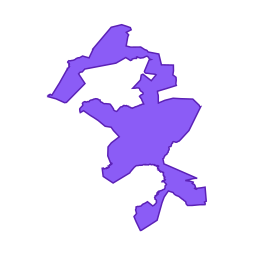 outline of San Pedro y San Pablo Tequixtepec, Oaxaca, Mexico, rotated 262°
{"feature_id": "50627088B39649536593692", "entity_name": "San Pedro y San Pablo Tequixtepec", "entity_type": "district", "adm_level": 2, "iso_a3": "MEX", "parent_name": "Mexico", "parent_adm1": "Oaxaca", "projection": "equal_earth", "projection_center": [-97.719, 18.101], "detail": "fine", "context": "isolated", "style": "filled", "palette": "violet", "viewbox_px": 256, "rotation_deg": 262, "n_neighbors": 0, "source": "geoboundaries", "source_scale": "gbopen_adm2", "svg_char_len": 5831}
<svg xmlns="http://www.w3.org/2000/svg" viewBox="0 0 256 256"><g transform="rotate(262 128 128)"><path d="M184.0,181.7L185.9,169.9L197.0,168.8L200.5,158.5L202.0,157.7L202.5,157.1L203.3,155.5L206.4,151.9L207.7,141.9L209.5,137.6L218.4,140.5L220.1,141.6L223.0,139.6L224.8,144.8L227.1,144.3L228.8,141.1L231.2,136.1L230.1,125.4L210.5,103.5L210.8,104.4L202.9,99.2L204.6,95.2L205.6,93.1L204.3,89.6L204.5,88.7L204.3,87.4L204.1,87.1L204.0,86.4L203.2,85.1L202.7,83.3L202.7,81.5L202.6,80.4L202.6,79.8L202.9,78.8L202.1,77.7L201.6,77.4L200.8,77.8L200.5,78.5L200.1,78.8L199.2,78.3L198.8,78.7L197.9,78.1L197.6,78.0L197.1,78.6L196.0,77.7L195.5,76.2L194.2,76.1L194.2,75.6L182.1,66.4L179.6,64.3L171.1,57.2L172.2,55.6L171.6,54.0L171.4,54.5L170.2,53.1L166.9,60.8L161.9,68.7L161.9,70.6L178.0,91.6L188.5,86.6L189.9,88.4L189.9,90.5L192.4,93.4L193.9,125.1L198.1,135.6L194.5,139.8L194.7,140.7L194.7,141.1L195.7,141.7L196.0,144.1L195.7,146.1L196.1,146.3L197.0,146.3L197.1,146.6L197.1,147.3L196.5,147.8L196.1,148.8L195.5,149.8L195.5,153.1L196.1,154.8L196.5,156.1L196.2,157.3L194.9,158.2L193.9,158.6L193.3,159.1L192.6,160.3L192.4,158.4L181.8,152.1L180.6,152.4L179.7,153.4L179.5,154.8L178.5,158.2L177.5,162.2L176.7,163.2L171.6,157.6L179.2,150.3L178.9,149.2L178.6,148.5L173.8,147.0L166.7,138.2L166.4,141.3L166.5,142.2L166.2,143.8L165.7,144.7L165.0,145.0L164.3,145.0L162.9,145.7L162.4,146.3L161.1,147.6L160.8,147.7L160.2,147.8L159.7,147.6L159.3,147.2L159.0,145.7L157.8,143.8L157.1,144.0L156.5,144.6L155.8,144.8L154.7,145.5L153.6,145.6L152.2,146.1L149.6,146.9L149.5,146.5L149.6,146.0L149.6,145.4L149.3,144.4L149.1,144.2L149.1,143.3L148.9,143.0L149.0,142.6L148.5,141.6L148.4,140.5L148.0,139.3L148.0,138.2L147.4,136.8L147.4,136.0L147.3,135.8L146.9,135.4L146.9,135.1L146.9,134.9L147.3,134.8L147.6,133.7L147.7,133.4L148.0,133.4L148.2,133.2L148.6,132.0L149.3,131.8L149.7,131.0L149.7,130.3L150.1,130.1L150.5,129.5L150.3,128.6L150.5,128.1L150.5,127.9L150.8,127.5L150.9,126.8L150.6,126.5L150.4,126.2L150.4,125.8L149.9,125.4L149.9,124.2L149.8,123.5L146.2,119.4L146.0,118.8L147.0,117.1L148.0,116.2L148.8,116.3L150.8,115.4L153.9,113.8L154.3,113.1L154.6,112.1L154.9,110.5L155.2,109.6L155.3,108.2L155.6,107.3L157.2,105.6L157.2,105.2L157.6,104.7L158.0,104.6L158.2,104.3L158.8,104.1L159.5,104.3L160.0,103.0L160.5,102.3L160.9,102.2L161.5,100.2L161.3,97.7L160.9,97.2L161.0,96.7L160.9,96.5L160.8,94.9L160.4,93.9L159.5,93.0L159.7,92.3L159.8,91.3L159.4,90.4L159.6,89.8L160.1,89.2L160.1,88.5L159.8,87.8L159.7,87.3L158.8,86.3L158.5,86.2L157.9,86.5L156.6,86.3L154.1,83.2L153.4,82.8L151.1,82.7L149.9,82.9L151.3,86.4L145.7,92.4L142.9,95.8L139.7,99.4L132.9,105.6L131.1,111.4L127.4,113.3L124.6,115.3L120.5,118.1L115.6,109.4L112.0,105.6L103.2,104.1L95.3,106.0L95.5,106.8L95.1,106.8L94.8,107.1L94.5,106.8L94.4,106.6L94.5,106.1L94.3,105.8L94.2,105.1L93.8,105.4L93.1,103.8L93.1,103.3L92.9,103.4L92.2,103.9L91.9,103.9L91.9,102.7L91.3,102.6L91.0,102.3L91.0,102.0L91.1,101.8L91.7,101.3L91.6,101.1L90.9,101.0L90.8,100.8L91.1,100.0L90.9,99.2L90.9,98.6L91.3,98.4L91.7,98.0L91.0,97.6L91.0,97.4L91.7,97.0L91.7,96.8L83.5,96.7L75.6,105.6L79.9,115.6L83.3,123.5L84.3,124.3L88.3,128.8L89.4,130.7L89.6,131.4L89.4,132.4L89.5,134.7L89.3,135.3L89.2,137.0L89.6,138.1L89.4,140.2L89.1,140.1L89.1,140.6L88.8,142.0L88.9,142.7L88.6,143.1L89.1,144.5L89.1,145.0L88.6,145.5L88.3,146.0L88.5,147.0L88.0,147.9L88.2,148.5L88.1,148.9L87.3,149.1L87.1,149.6L87.3,150.1L86.6,150.5L86.2,150.9L86.3,151.4L86.7,151.6L86.5,152.5L86.0,153.0L84.8,151.8L84.5,151.7L83.9,151.7L83.7,151.9L83.6,152.4L82.6,152.8L82.3,152.7L82.2,152.2L81.3,153.4L80.7,153.4L80.5,153.7L80.6,154.3L79.9,154.3L79.9,155.6L79.3,156.0L79.1,156.9L78.6,157.0L77.8,156.5L77.2,156.7L76.6,156.3L75.8,156.6L75.4,157.1L74.8,156.9L74.7,157.4L74.2,157.7L73.2,156.9L72.7,156.8L72.4,156.9L71.7,157.8L71.2,157.5L71.0,155.6L70.8,154.7L70.1,154.2L69.8,156.0L69.6,156.5L68.8,156.8L67.0,158.2L66.6,158.2L65.8,156.9L65.3,156.6L64.0,156.5L62.4,155.7L62.1,154.1L61.7,153.3L61.4,152.2L61.1,149.4L60.8,149.0L60.2,149.7L59.9,149.5L59.8,148.0L59.6,147.6L59.3,147.6L59.0,147.9L58.6,148.6L58.4,148.6L58.4,147.6L58.3,147.3L58.0,147.2L57.2,147.1L57.0,146.5L57.3,146.0L57.2,145.6L56.1,145.2L55.5,144.7L54.7,145.0L53.9,144.8L53.0,145.8L52.3,146.1L51.5,145.8L50.9,146.0L50.5,145.9L49.8,145.4L48.0,143.2L47.4,141.6L52.3,137.0L51.2,134.6L50.9,133.5L50.4,131.9L49.0,130.1L48.9,129.6L48.8,129.0L48.9,128.5L48.8,127.4L49.0,126.6L48.7,125.0L47.2,124.8L45.9,124.1L42.3,124.6L41.4,123.8L41.2,123.5L40.7,123.1L39.9,122.0L39.4,121.6L34.1,123.0L27.5,125.1L24.8,126.0L24.8,126.9L32.6,144.0L49.3,151.3L54.6,154.2L57.9,157.2L60.0,159.2L57.8,163.8L56.7,164.2L55.5,165.2L54.5,166.4L53.2,168.8L50.5,171.3L49.7,172.1L49.4,172.7L48.9,172.9L46.9,174.9L45.0,175.0L44.2,175.3L43.0,176.2L42.4,180.4L42.0,188.6L41.5,192.5L41.4,193.6L41.8,193.8L42.6,193.9L44.0,193.4L44.6,195.3L58.7,196.1L58.6,191.8L58.7,188.8L57.8,187.0L58.4,186.2L58.8,187.0L59.1,187.0L59.3,186.0L59.7,186.5L61.2,186.5L61.7,186.0L62.5,186.0L63.1,185.5L63.1,185.1L64.1,184.0L64.5,184.7L65.3,185.1L66.7,182.0L68.0,177.4L68.8,186.0L68.8,187.8L68.5,189.5L87.5,158.6L92.7,158.3L92.9,158.9L93.2,159.3L94.2,159.7L95.2,160.6L95.6,160.7L96.7,162.9L97.6,163.3L98.3,164.3L99.7,164.7L100.3,165.3L100.8,165.7L101.9,165.9L102.9,165.7L103.2,165.7L103.4,165.9L103.6,166.1L103.7,166.4L103.7,167.8L104.1,168.2L104.9,168.4L105.0,168.6L105.8,168.7L106.4,169.3L106.8,170.0L107.2,170.1L107.5,170.0L108.1,170.8L108.2,171.1L108.0,171.5L107.8,172.3L107.4,172.9L107.2,173.8L107.2,174.4L107.8,175.9L107.9,176.5L108.0,176.9L109.7,179.1L117.0,188.0L138.9,202.9L138.8,202.3L139.1,202.1L140.7,201.6L147.6,196.2L149.7,184.2L151.2,176.8L150.3,168.4L148.5,161.6L150.3,161.7L154.2,162.3L156.4,162.5L157.9,162.2L160.3,162.3L161.7,171.5L163.4,181.8L165.0,181.5L168.6,182.4L171.5,182.6L174.4,179.8L178.2,181.0L184.0,181.7Z" fill="#8b5cf6" stroke="#5b21b6" stroke-width="1.5"/></g></svg>